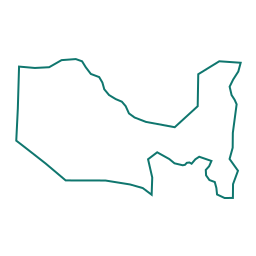 the District of Wakiso, rotated 91°
{"feature_id": "UGA-3091", "entity_name": "Wakiso", "entity_type": "District", "adm_level": 1, "iso_a3": "UGA", "parent_name": "Uganda", "parent_adm1": "", "projection": "mercator", "projection_center": [32.452, 0.206], "detail": "fine", "context": "isolated", "style": "outline", "palette": "teal", "viewbox_px": 256, "rotation_deg": 91, "n_neighbors": 0, "source": "natural_earth", "source_scale": "10m", "svg_char_len": 898}
<svg xmlns="http://www.w3.org/2000/svg" viewBox="0 0 256 256"><g transform="rotate(91 128 128)"><path d="M73.0,58.7L59.7,37.9L60.8,16.5L69.6,18.7L77.7,23.7L84.9,27.1L93.3,25.0L97.9,21.9L102.4,19.8L131.0,23.1L145.9,23.0L157.2,25.9L168.8,17.3L182.3,22.0L196.1,21.9L196.3,30.2L192.9,37.8L186.4,38.6L180.5,40.3L178.6,45.7L174.0,49.1L168.6,49.5L164.8,46.2L159.5,44.0L155.5,56.3L158.1,60.1L162.6,63.8L161.4,66.0L161.8,68.6L163.8,70.4L164.3,72.6L162.5,80.9L158.3,86.2L151.8,98.4L158.9,107.4L177.1,102.9L194.3,103.2L187.8,112.2L184.4,125.0L180.9,149.7L181.5,189.4L164.9,209.8L151.4,227.7L142.6,239.5L110.6,238.5L68.5,238.0L69.6,222.2L68.6,207.9L61.3,195.6L60.0,181.4L62.1,175.1L68.0,171.3L74.6,166.1L77.6,157.7L83.0,154.4L89.7,152.4L95.4,147.5L99.3,140.8L101.8,134.6L106.2,130.7L113.4,127.3L117.4,121.6L121.6,110.1L126.4,81.3L105.0,58.7L73.0,58.7Z" fill="none" stroke="#0f766e" stroke-width="2"/></g></svg>